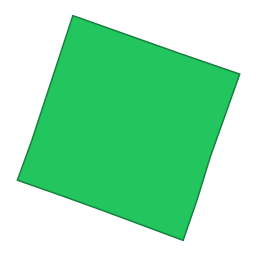 Marion, Illinois, United States of America (orthographic projection), rotated 289°
{"feature_id": "52423323B11671877616863", "entity_name": "Marion", "entity_type": "district", "adm_level": 2, "iso_a3": "USA", "parent_name": "United States of America", "parent_adm1": "Illinois", "projection": "orthographic", "projection_center": [-88.957, 38.65], "detail": "fine", "context": "isolated", "style": "filled", "palette": "green", "viewbox_px": 256, "rotation_deg": 289, "n_neighbors": 0, "source": "geoboundaries", "source_scale": "gbopen_adm2", "svg_char_len": 304}
<svg xmlns="http://www.w3.org/2000/svg" viewBox="0 0 256 256"><g transform="rotate(289 128 128)"><path d="M215.3,216.1L215.3,150.1L216.3,39.3L84.7,41.1L42.6,40.4L42.4,84.6L41.8,128.7L40.0,202.0L39.7,216.7L83.6,216.7L127.2,215.2L215.3,216.1Z" fill="#22c55e" stroke="#15803d" stroke-width="1.5"/></g></svg>